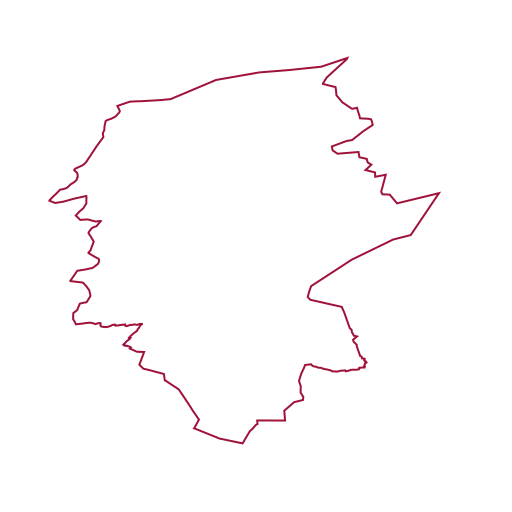 Grane nor, Nordland, Norway (Natural Earth projection), rotated 168°
{"feature_id": "86288312B42207661783439", "entity_name": "Grane nor", "entity_type": "district", "adm_level": 2, "iso_a3": "NOR", "parent_name": "Norway", "parent_adm1": "Nordland", "projection": "natural_earth1", "projection_center": [13.588, 65.442], "detail": "fine", "context": "isolated", "style": "outline", "palette": "rose", "viewbox_px": 512, "rotation_deg": 168, "n_neighbors": 0, "source": "geoboundaries", "source_scale": "gbopen_adm2", "svg_char_len": 6000}
<svg xmlns="http://www.w3.org/2000/svg" viewBox="0 0 512 512"><g transform="rotate(168 256 256)"><path d="M125.5,430.7L152.9,427.6L186.5,431.2L214.7,434.9L258.5,436.5L303.2,427.9L306.8,427.2L315.6,428.2L321.3,429.0L337.4,431.5L340.4,432.1L347.3,433.2L360.4,431.6L359.4,427.7L359.1,426.6L359.2,425.7L360.0,424.8L362.2,423.2L364.0,421.9L364.9,421.5L369.2,420.3L372.7,420.0L374.7,419.4L375.0,419.2L375.5,418.2L376.3,416.3L376.9,415.1L377.4,413.7L378.2,410.7L380.3,408.0L380.6,404.0L389.1,396.5L392.1,393.5L393.1,392.5L395.2,390.5L396.8,388.8L400.4,385.4L401.9,383.8L403.2,382.8L403.9,382.3L405.5,381.4L406.8,380.8L407.5,380.6L414.7,379.0L415.6,378.4L416.0,377.9L415.5,376.9L414.0,375.0L413.5,374.1L413.8,371.3L414.1,370.0L414.7,369.7L415.4,368.0L416.7,367.0L417.2,366.8L418.6,366.0L422.7,364.5L425.4,362.7L426.9,362.0L427.4,361.8L431.4,361.5L433.9,361.6L437.1,359.4L439.3,358.0L441.7,356.6L446.2,353.6L446.4,353.3L446.6,353.0L444.7,351.8L441.7,349.8L441.2,349.6L433.0,349.2L422.3,349.9L409.5,350.0L409.5,349.7L409.6,348.9L410.6,344.7L411.0,342.7L415.0,338.6L416.2,337.9L419.6,336.1L422.6,333.9L423.5,333.3L423.9,333.0L422.9,331.6L421.4,329.4L420.4,327.9L419.9,327.7L416.7,327.4L412.9,326.7L405.8,323.1L401.0,322.6L400.6,322.4L403.7,320.0L404.7,319.2L405.7,318.4L406.3,318.2L408.1,318.1L410.2,317.6L410.9,317.3L413.9,314.8L415.0,313.4L415.1,313.0L414.8,312.5L414.2,310.8L413.8,310.0L411.8,304.1L411.8,303.7L413.8,300.5L415.3,298.3L416.8,295.8L417.4,295.4L419.2,294.1L419.2,293.7L415.5,290.2L413.3,288.3L412.8,287.8L410.9,286.3L410.5,285.7L410.3,285.0L410.3,284.4L410.5,283.7L411.8,281.6L412.5,281.0L417.6,278.6L419.1,278.3L426.6,278.3L433.7,278.7L434.2,278.5L436.5,276.2L437.4,275.4L442.8,270.3L442.4,269.9L431.7,266.3L430.6,265.7L430.0,264.6L428.5,262.2L426.7,258.2L426.4,257.6L426.2,256.3L426.2,251.5L426.8,250.7L431.0,246.3L431.9,246.0L433.9,246.1L436.4,246.1L438.1,246.0L438.4,245.8L438.6,245.6L438.9,245.0L440.2,243.3L442.0,240.4L442.5,240.1L446.5,238.2L447.2,235.8L448.0,232.3L446.9,229.0L446.3,226.6L440.0,226.0L435.6,225.7L432.3,225.3L430.4,224.6L429.6,224.1L428.8,223.8L427.3,222.8L424.0,223.1L423.1,222.9L422.5,222.6L422.0,222.5L422.1,222.0L422.5,221.0L422.5,220.5L422.5,220.1L422.3,219.6L422.0,219.2L419.8,218.3L418.9,218.1L417.4,217.6L416.5,217.5L414.7,217.6L413.0,217.8L412.1,218.0L411.4,218.3L410.5,218.4L408.7,218.3L408.2,218.1L408.4,217.7L408.1,217.2L407.7,217.0L406.8,217.0L405.1,216.7L404.4,216.7L404.1,216.8L402.2,216.6L401.7,216.7L401.2,216.5L400.8,216.5L400.2,216.3L399.4,216.4L398.3,216.2L398.6,215.7L398.4,215.4L398.4,215.0L398.2,214.8L397.3,214.4L397.2,214.3L396.0,214.4L394.5,214.6L392.9,214.7L391.8,214.4L389.6,214.4L388.1,214.0L387.3,213.5L386.5,213.4L386.0,213.4L385.4,213.5L384.9,213.5L384.4,213.7L383.6,213.7L382.8,213.5L382.0,213.4L381.7,213.3L381.7,213.0L382.2,212.9L383.3,212.4L384.4,211.3L385.5,210.0L386.3,209.5L387.1,208.7L387.9,207.6L388.4,207.3L388.7,207.1L391.5,206.0L395.5,203.7L395.9,203.4L396.0,203.0L396.1,202.8L397.4,202.5L397.5,202.3L397.4,202.2L396.6,202.1L396.1,201.9L396.8,201.5L396.9,201.3L396.9,201.1L397.3,200.9L397.7,200.8L398.1,200.4L399.7,199.8L400.0,199.7L400.5,199.3L402.0,198.3L402.5,197.9L402.9,197.6L403.3,197.5L403.5,197.3L403.7,197.2L403.9,197.0L404.2,196.8L404.1,196.7L403.9,196.5L403.9,196.3L403.3,196.2L403.4,195.9L403.2,195.6L402.4,195.5L402.0,195.2L401.4,195.1L400.9,194.8L400.4,194.8L400.2,194.5L400.0,194.4L398.6,193.7L397.4,192.5L398.6,191.7L392.4,187.1L385.4,185.4L389.7,178.6L392.7,173.9L389.6,169.2L383.5,166.3L370.6,159.7L371.1,153.3L370.2,152.7L365.7,148.1L365.0,147.4L363.1,145.4L361.6,144.0L361.0,143.3L359.5,141.8L359.0,141.0L358.0,138.3L356.7,135.3L355.7,132.7L355.3,131.9L355.2,131.5L354.5,129.6L353.3,126.7L351.7,122.6L351.3,121.6L351.0,120.6L349.6,116.9L348.0,113.2L346.5,109.4L345.8,107.9L346.0,107.6L348.4,104.8L349.1,104.0L351.6,101.1L352.4,100.4L329.6,85.0L308.1,75.5L298.4,86.0L295.6,87.5L291.1,90.9L289.5,91.3L289.0,94.9L261.8,89.0L260.5,98.8L249.1,105.1L240.0,105.4L239.0,108.3L240.8,113.2L239.3,119.3L239.9,124.9L236.2,131.5L232.4,136.5L230.6,139.2L224.6,138.6L224.0,137.4L222.8,136.2L221.7,135.8L220.5,135.2L219.9,135.0L219.2,134.3L218.6,134.0L216.8,133.4L215.9,133.2L213.5,131.7L213.4,131.5L212.1,131.0L210.7,130.5L206.6,128.5L205.6,127.4L200.3,126.0L196.9,126.2L196.4,126.2L195.4,125.8L194.6,125.9L193.9,125.7L192.6,125.6L192.5,125.2L192.1,124.5L190.2,124.6L188.9,124.5L187.1,124.9L184.5,124.6L183.3,124.3L182.5,124.0L181.8,123.9L178.8,123.8L178.6,124.2L178.6,124.4L178.3,125.2L178.1,125.2L177.1,125.0L174.8,124.8L174.2,124.8L174.1,124.7L173.7,124.4L172.9,124.4L172.9,124.7L173.1,124.9L173.1,125.1L172.8,125.3L173.0,125.5L173.1,125.9L172.7,126.4L172.5,126.5L172.2,126.8L172.2,127.1L172.2,127.4L172.2,127.5L171.8,127.9L171.8,128.1L170.8,128.6L170.2,128.7L170.2,128.8L170.0,129.0L170.3,129.4L170.3,129.8L170.4,130.0L170.7,130.1L171.2,130.2L171.3,130.5L171.6,130.8L171.8,131.5L171.6,131.6L171.6,131.8L171.4,131.9L171.4,132.1L171.3,132.3L171.7,132.4L171.7,132.5L171.4,132.6L171.1,132.8L171.2,133.0L171.8,133.1L173.0,133.7L173.3,133.7L173.3,133.9L173.6,134.1L173.6,134.4L173.6,135.4L173.7,135.5L173.8,135.8L174.0,136.0L174.9,136.5L176.2,146.8L175.9,148.3L176.0,148.4L178.3,151.7L178.5,153.9L173.9,156.3L176.9,157.8L177.4,159.8L178.0,161.3L177.9,164.1L179.3,166.0L181.4,182.1L182.7,188.4L212.0,201.9L213.9,205.2L211.8,209.4L210.0,212.4L208.3,215.1L163.1,232.5L118.4,243.6L100.3,244.3L64.0,279.4L107.1,278.2L112.4,288.2L119.6,290.1L120.2,292.8L112.2,308.5L122.9,308.7L122.2,313.0L131.0,317.3L124.2,321.3L127.3,324.3L127.5,328.0L134.3,331.1L134.1,336.4L155.0,339.1L159.1,343.4L159.0,347.4L143.4,349.7L138.0,349.4L124.6,356.0L114.6,359.9L114.6,362.7L114.7,364.2L114.8,364.6L115.2,365.9L118.0,367.0L125.6,369.0L125.7,371.7L126.3,377.9L126.4,379.4L126.4,380.0L130.7,379.9L131.7,380.2L136.8,385.5L137.8,386.6L138.7,387.4L139.7,388.5L141.0,391.1L143.7,396.1L143.9,396.5L143.3,401.4L143.1,404.7L154.7,410.3L154.7,410.8L149.7,415.9L126.9,429.3L126.4,429.6L125.5,430.7Z" fill="none" stroke="#9f1239" stroke-width="2"/></g></svg>